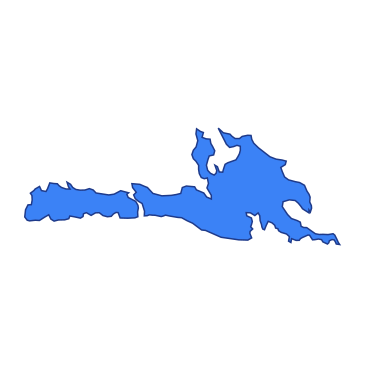 outline of Taean-gun, South Chungcheong, South Korea, rotated 105°
{"feature_id": "91817680B59614790278386", "entity_name": "Taean-gun", "entity_type": "district", "adm_level": 2, "iso_a3": "KOR", "parent_name": "South Korea", "parent_adm1": "South Chungcheong", "projection": "albers", "projection_center": [126.283, 36.694], "detail": "fine", "context": "isolated", "style": "filled", "palette": "blue", "viewbox_px": 384, "rotation_deg": 105, "n_neighbors": 0, "source": "geoboundaries", "source_scale": "gbopen_adm2", "svg_char_len": 3422}
<svg xmlns="http://www.w3.org/2000/svg" viewBox="0 0 384 384"><g transform="rotate(105 192 192)"><path d="M220.9,122.5L217.0,125.4L215.0,125.7L212.0,123.8L210.4,126.3L207.9,126.1L204.9,126.1L201.7,127.9L200.8,133.0L197.9,134.3L197.0,130.2L198.5,125.2L195.1,122.7L197.4,120.4L202.0,118.8L205.4,116.5L207.7,115.4L209.5,114.0L209.7,112.2L205.2,111.7L200.6,110.8L201.1,106.7L202.7,103.5L205.2,101.9L205.2,99.6L207.0,98.3L207.9,95.5L208.1,89.8L209.9,86.4L214.5,86.0L215.2,83.4L211.3,83.7L211.8,78.9L210.9,75.9L209.0,75.2L207.4,73.6L205.8,71.6L203.6,68.9L203.3,67.3L207.0,63.2L206.3,61.1L204.7,57.7L204.5,54.5L206.3,52.7L207.2,47.7L205.6,46.7L203.6,46.7L201.7,44.5L201.5,42.2L203.3,40.4L204.9,39.2L204.5,35.8L202.9,37.6L200.1,39.9L196.7,42.9L195.8,44.9L197.9,49.5L199.0,54.5L200.1,58.1L200.4,62.0L199.0,65.9L196.7,72.0L197.4,75.0L196.9,77.7L193.1,79.6L192.4,82.8L191.9,89.1L189.0,93.9L182.8,101.0L177.8,101.5L174.4,96.0L173.5,90.1L175.3,86.4L177.6,83.2L179.6,80.9L180.3,78.7L181.9,73.6L179.2,74.3L180.8,72.5L176.7,72.3L174.2,73.2L171.2,75.7L166.4,76.6L163.9,78.4L161.4,81.2L156.4,85.1L155.0,90.5L155.3,94.8L155.3,101.9L153.5,106.5L148.9,110.1L145.3,112.6L141.4,109.0L137.8,109.0L137.8,113.3L138.5,119.3L137.8,125.8L132.1,139.3L128.9,145.0L125.7,147.9L122.1,149.6L122.8,152.9L125.3,157.9L128.1,160.0L129.2,164.3L127.8,167.9L126.3,170.3L126.7,177.1L123.5,183.2L137.0,171.1L139.2,167.2L137.4,163.6L135.3,160.7L135.3,157.2L139.2,156.1L142.8,156.1L146.0,156.8L149.6,157.9L154.5,165.0L156.7,167.2L161.7,167.5L164.9,167.5L165.6,170.8L161.0,174.0L160.2,176.8L164.9,173.6L167.7,173.6L169.9,175.0L169.2,179.0L167.0,182.5L162.4,185.0L156.7,185.0L152.7,184.7L150.6,180.7L146.3,180.7L142.7,183.9L140.2,186.4L136.3,188.2L137.0,192.1L136.6,196.4L131.6,196.4L131.3,199.6L129.8,203.9L134.9,203.2L140.9,199.7L143.1,199.7L147.4,199.7L151.3,201.5L155.9,201.8L159.5,199.3L161.3,196.1L164.5,192.5L168.4,191.5L172.4,189.7L175.6,186.8L176.0,183.6L174.5,180.8L179.5,178.3L184.2,178.6L186.3,176.5L190.2,172.5L193.8,171.5L193.1,176.5L189.9,180.4L188.8,188.3L186.3,190.8L187.7,199.0L190.2,202.5L196.3,202.5L198.5,206.5L200.6,211.1L203.5,220.1L203.5,229.4L199.2,236.2L198.8,239.7L198.1,244.4L199.5,252.2L203.1,250.5L206.7,245.8L209.9,247.6L213.1,245.1L214.9,241.2L216.0,237.2L222.8,232.9L227.4,231.9L226.5,229.2L225.1,227.3L224.6,224.1L224.0,221.6L223.7,215.4L222.8,213.8L221.2,211.6L221.0,207.4L220.2,199.0L219.5,195.4L221.0,189.3L222.0,183.3L226.2,172.9L225.6,169.0L228.2,152.2L226.1,134.5L224.0,125.6L220.9,122.5ZM233.9,247.2L231.7,240.4L229.9,237.9L225.3,239.4L221.3,239.7L218.8,240.8L215.6,244.0L213.8,252.2L211.0,254.4L209.2,253.0L209.2,258.0L209.2,261.2L214.2,266.6L216.4,271.6L217.4,280.9L217.8,284.4L215.6,288.0L215.3,292.0L217.8,295.9L219.2,300.6L219.6,304.9L218.5,308.4L216.0,311.3L214.9,315.2L218.9,312.7L220.7,310.6L221.7,314.5L221.4,319.2L220.3,322.1L218.9,324.2L219.6,327.8L220.0,331.7L226.4,332.4L229.3,333.2L229.6,337.8L226.1,340.7L229.7,344.3L231.4,345.0L235.0,347.8L236.8,345.7L241.1,344.3L245.8,343.9L246.9,347.1L252.2,348.2L259.4,347.1L261.9,343.9L261.9,341.4L259.8,336.0L259.0,332.0L254.4,327.8L251.1,324.5L254.7,321.3L255.8,317.7L253.6,313.8L251.8,307.7L249.7,304.1L246.8,303.8L246.4,299.1L246.1,293.0L243.9,290.9L241.1,291.2L239.3,288.7L240.7,283.4L237.1,279.8L236.0,276.2L237.8,271.9L237.8,267.3L236.4,263.7L233.5,262.2L231.4,260.1L231.0,258.0L235.7,254.7L233.9,247.2Z" fill="#3b82f6" stroke="#1e3a8a" stroke-width="1.5"/></g></svg>